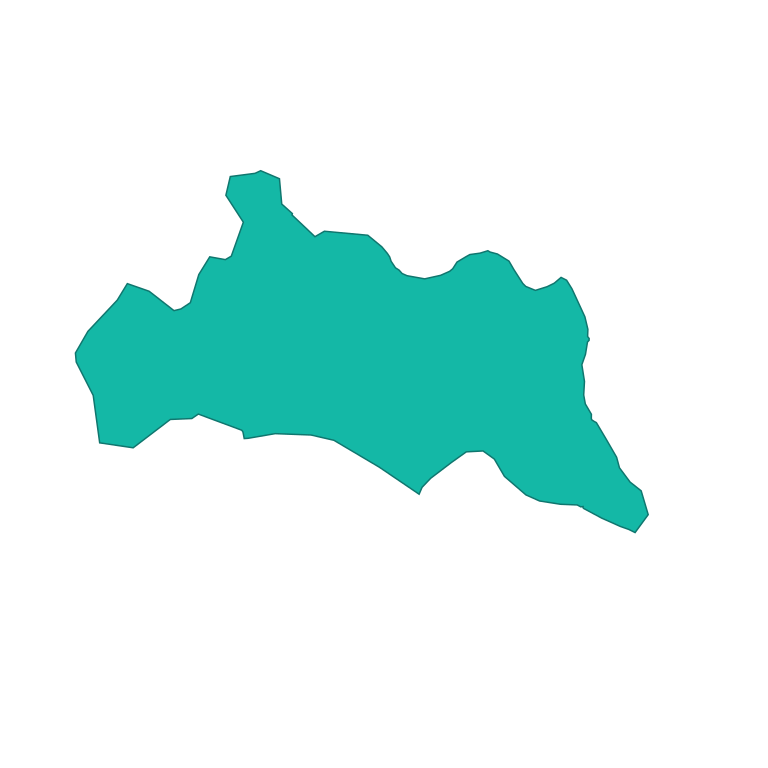 Wushishi, Niger, Nigeria (Mercator projection), rotated 204°
{"feature_id": "59680162B62313947241233", "entity_name": "Wushishi", "entity_type": "district", "adm_level": 2, "iso_a3": "NGA", "parent_name": "Nigeria", "parent_adm1": "Niger", "projection": "mercator", "projection_center": [5.918, 9.688], "detail": "fine", "context": "isolated", "style": "filled", "palette": "teal", "viewbox_px": 768, "rotation_deg": 204, "n_neighbors": 0, "source": "geoboundaries", "source_scale": "gbopen_adm2", "svg_char_len": 1525}
<svg xmlns="http://www.w3.org/2000/svg" viewBox="0 0 768 768"><g transform="rotate(204 384 384)"><path d="M358.2,537.2L360.9,533.6L366.9,525.1L368.1,517.2L369.9,513.6L376.5,506.3L389.6,496.6L407.0,492.3L412.4,492.3L416.6,494.2L420.8,494.8L427.4,499.0L430.5,502.4L434.1,504.7L441.7,508.4L459.3,513.3L500.6,499.3L507.0,490.5L536.8,501.0L537.0,502.4L550.6,506.8L563.0,529.0L583.4,528.7L587.5,524.0L608.8,511.0L605.2,492.1L578.3,474.6L575.5,438.7L579.5,433.1L594.9,429.3L597.7,408.7L594.0,379.5L600.1,369.9L605.7,365.6L636.3,373.2L659.3,371.3L661.8,352.1L675.9,311.7L678.5,286.8L674.1,278.9L645.0,255.3L619.8,214.6L587.2,223.7L564.8,264.7L545.5,274.3L541.4,281.0L495.2,283.9L493.9,283.2L493.2,282.6L489.5,277.3L486.1,279.1L463.2,294.4L430.0,307.7L406.9,312.2L354.5,306.1L307.1,297.6L307.2,305.1L303.0,316.9L290.5,339.7L281.2,355.5L266.3,363.1L252.7,360.3L236.4,348.6L209.2,340.4L194.3,340.4L173.9,345.9L158.3,352.1L154.3,351.8L152.3,353.0L152.1,352.3L151.8,351.9L150.9,351.5L130.4,350.0L110.1,350.0L101.2,350.7L94.2,350.4L89.5,372.1L105.6,391.0L119.3,394.5L134.8,403.2L141.7,411.7L159.2,424.4L174.3,435.1L176.9,435.3L179.7,435.8L180.6,436.9L182.2,440.7L192.0,447.7L197.1,455.2L201.9,467.9L211.1,482.1L212.0,493.0L215.2,505.2L214.4,507.2L215.1,509.0L217.3,510.2L220.0,516.9L227.8,527.1L251.0,547.4L259.4,553.1L265.6,553.4L269.5,545.3L274.6,539.2L283.8,531.1L294.2,530.8L298.1,532.3L311.8,541.3L319.8,547.1L333.2,548.9L340.7,547.7L343.3,548.0L349.5,542.6L358.2,537.2Z" fill="#14b8a6" stroke="#0f766e" stroke-width="1.5"/></g></svg>